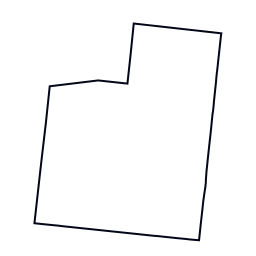 the district of Elko, Nevada, United States of America, rotated 96°
{"feature_id": "52423323B42472456256574", "entity_name": "Elko", "entity_type": "district", "adm_level": 2, "iso_a3": "USA", "parent_name": "United States of America", "parent_adm1": "Nevada", "projection": "natural_earth1", "projection_center": [-115.202, 41.06], "detail": "fine", "context": "isolated", "style": "outline", "palette": "ink", "viewbox_px": 256, "rotation_deg": 96, "n_neighbors": 0, "source": "geoboundaries", "source_scale": "gbopen_adm2", "svg_char_len": 1053}
<svg xmlns="http://www.w3.org/2000/svg" viewBox="0 0 256 256"><g transform="rotate(96 128 128)"><path d="M106.4,210.2L130.0,210.2L131.2,210.2L172.2,210.7L232.5,211.1L232.5,201.0L232.4,186.3L232.5,183.9L232.5,183.5L232.5,177.8L232.5,177.7L232.5,176.7L232.5,157.3L232.5,154.5L232.5,154.4L232.5,153.3L232.5,133.2L232.5,114.9L232.4,114.6L232.5,113.8L232.5,89.8L232.4,89.1L232.4,78.9L232.4,78.1L232.4,66.7L232.3,58.2L232.4,55.2L232.2,45.6L231.7,45.6L230.8,45.6L227.6,45.6L215.4,45.6L202.4,45.5L200.3,45.5L193.3,45.5L184.7,45.2L178.7,44.9L177.0,44.9L173.9,44.9L172.2,45.1L171.2,45.1L163.0,45.4L162.5,45.4L147.6,45.4L147.4,45.4L143.2,45.4L124.1,45.3L121.4,45.3L104.3,45.4L103.7,45.3L103.1,45.2L96.2,45.2L94.4,45.2L93.9,45.3L93.1,45.3L92.6,45.3L84.0,45.3L83.8,45.3L72.0,45.3L69.5,45.4L62.9,45.4L61.5,45.3L61.3,45.3L60.3,45.4L60.2,45.3L59.6,45.3L58.5,45.3L54.6,45.3L54.2,45.3L51.5,45.3L51.4,45.3L27.5,45.2L24.7,45.2L24.1,45.1L23.8,89.1L23.5,133.2L53.8,133.1L83.9,133.2L83.8,162.6L94.7,210.2L106.4,210.2Z" fill="none" stroke="#020617" stroke-width="2"/></g></svg>